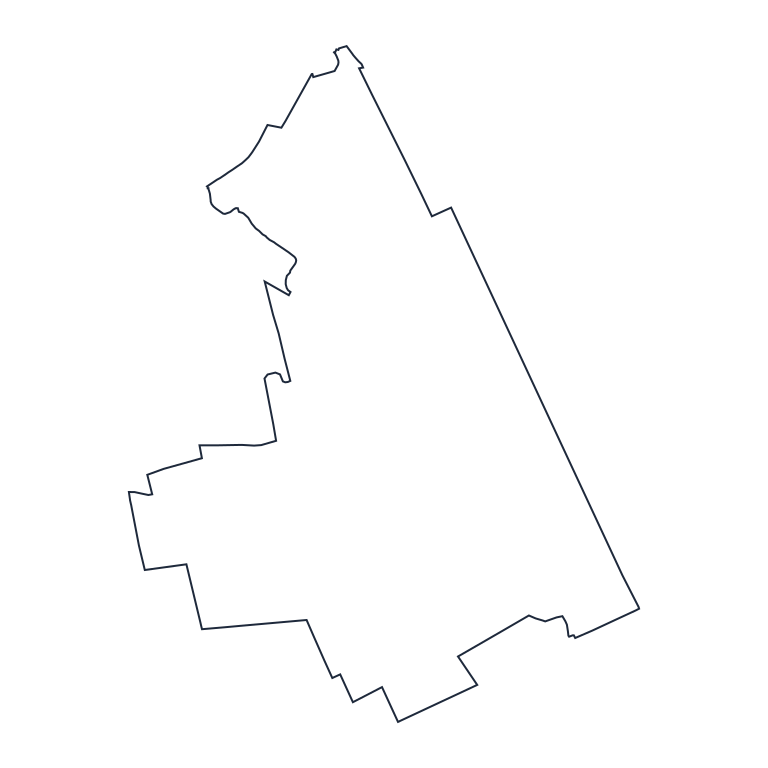 the district of Troianul, Teleorman, Romania
{"feature_id": "2599482B81423793179318", "entity_name": "Troianul", "entity_type": "district", "adm_level": 2, "iso_a3": "ROU", "parent_name": "Romania", "parent_adm1": "Teleorman", "projection": "orthographic", "projection_center": [24.994, 44.017], "detail": "fine", "context": "isolated", "style": "outline", "palette": "slate", "viewbox_px": 768, "rotation_deg": 0, "n_neighbors": 0, "source": "geoboundaries", "source_scale": "gbopen_adm2", "svg_char_len": 2346}
<svg xmlns="http://www.w3.org/2000/svg" viewBox="0 0 768 768"><path d="M398.0,721.9L477.2,684.9L458.0,656.5L501.5,631.4L528.9,615.5L535.6,618.4L542.7,620.5L545.2,621.4L556.6,617.4L562.4,616.2L565.4,621.3L566.9,624.7L567.9,631.2L568.4,635.7L569.1,636.7L572.7,635.3L573.8,635.3L575.2,638.0L592.3,630.6L615.5,619.8L635.6,610.5L638.5,609.0L639.1,608.7L638.6,607.0L622.4,575.3L451.1,207.6L431.9,216.3L421.5,194.4L404.8,160.2L387.3,125.2L372.0,94.6L359.1,68.3L363.1,67.6L361.7,64.3L360.9,63.4L358.5,61.2L355.4,57.7L353.2,55.1L352.4,53.9L346.6,46.1L339.0,48.4L338.4,49.9L336.4,49.4L334.9,53.0L333.4,51.6L335.4,53.9L336.7,56.5L338.3,60.6L338.5,62.4L338.1,64.7L334.6,71.0L328.4,72.8L313.3,77.1L312.4,74.0L311.7,74.1L285.5,121.0L281.4,127.7L267.5,125.0L259.0,141.6L252.1,152.4L248.5,157.2L246.3,159.3L246.0,159.6L243.7,161.7L242.0,163.2L236.8,166.7L231.9,170.1L228.6,172.2L225.8,174.2L220.0,178.1L217.0,179.7L207.0,186.4L207.7,187.1L207.7,187.4L207.7,188.2L208.0,188.2L208.5,188.3L208.4,188.9L209.0,190.6L209.9,193.7L210.5,198.9L210.6,199.6L210.7,201.6L211.6,204.1L213.5,206.5L216.1,208.7L223.1,213.6L225.0,213.9L225.6,213.7L229.7,212.3L230.5,211.9L233.8,209.2L234.8,208.8L235.3,208.3L236.4,208.1L236.8,208.3L237.7,208.2L237.8,208.2L238.9,211.8L242.5,212.9L243.7,213.6L248.2,217.7L250.0,220.7L251.7,223.6L255.7,228.4L257.7,229.9L259.1,230.9L262.6,234.4L265.8,236.2L266.7,237.4L268.7,239.1L269.6,239.9L271.7,241.0L274.1,242.3L276.0,243.8L288.6,252.3L290.4,253.7L294.4,256.8L295.2,257.8L295.8,258.8L296.2,260.3L295.9,262.0L295.6,262.8L295.2,263.8L290.3,270.6L290.0,272.6L286.9,275.8L285.8,280.1L285.7,284.1L286.0,285.3L286.4,286.8L286.7,288.0L288.1,290.3L290.5,292.0L290.4,292.2L288.8,295.2L264.7,281.5L273.1,314.9L278.7,333.5L284.6,358.7L290.3,380.9L287.8,382.0L285.2,382.3L282.9,381.4L280.0,374.4L275.4,372.6L267.6,374.5L264.5,378.5L273.3,424.3L276.1,440.8L261.2,445.1L254.1,445.6L241.7,444.9L218.9,445.3L199.5,445.3L201.9,458.2L163.6,468.9L147.3,474.8L152.2,494.3L148.4,495.0L142.6,493.8L134.7,492.1L128.9,492.0L130.0,499.6L130.0,500.0L131.0,504.4L131.1,504.7L131.9,508.9L138.9,545.4L144.8,570.0L180.6,565.1L186.4,564.3L200.5,622.9L201.2,626.0L202.0,629.2L224.3,627.3L240.9,625.8L306.6,620.0L314.3,637.7L324.4,660.6L325.9,663.9L332.3,678.0L340.2,674.4L352.9,702.2L382.0,687.1L391.6,708.0L398.0,721.9Z" fill="none" stroke="#1e293b" stroke-width="2"/></svg>